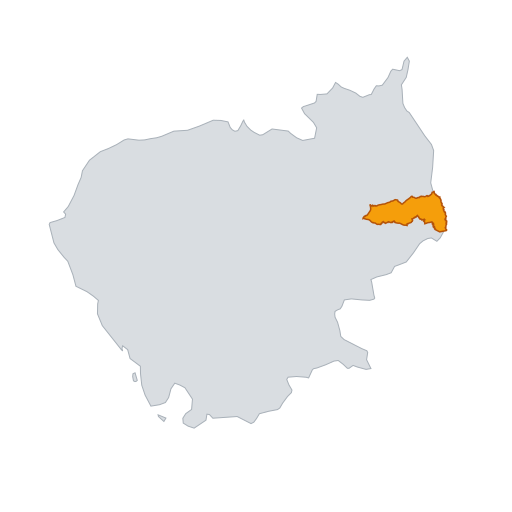 Pech Chreada, Môndól Kiri, Cambodia (highlighted), rotated 348°
{"feature_id": "14789045B57856207537526", "entity_name": "Pech Chreada", "entity_type": "district", "adm_level": 2, "iso_a3": "KHM", "parent_name": "Cambodia", "parent_adm1": "Môndól Kiri", "projection": "mercator", "projection_center": [107.158, 12.644], "detail": "fine", "context": "in_parent", "style": "filled", "palette": "amber", "viewbox_px": 512, "rotation_deg": 348, "n_neighbors": 0, "source": "geoboundaries", "source_scale": "gbopen_adm2", "svg_char_len": 8418}
<svg xmlns="http://www.w3.org/2000/svg" viewBox="0 0 512 512"><g transform="rotate(348 256 256)"><path d="M445.3,93.1L446.5,97.3L443.4,105.3L440.1,112.5L433.8,118.8L433.5,123.5L431.4,137.3L432.2,141.7L433.7,145.5L435.7,147.5L441.1,161.0L446.0,173.4L450.8,183.4L451.7,189.8L447.2,206.0L442.1,220.8L442.5,228.2L444.7,235.6L447.1,245.5L448.0,258.1L446.7,266.3L444.4,271.4L439.9,276.6L436.0,279.2L431.3,274.8L427.6,274.6L422.6,275.9L418.6,278.0L410.6,285.7L401.7,293.1L389.4,295.0L384.7,300.5L379.5,301.3L369.8,301.6L363.5,302.9L363.7,305.7L363.2,318.8L363.4,321.8L362.4,322.7L358.0,323.0L350.5,321.0L340.4,317.8L333.3,317.3L329.6,323.0L327.4,325.2L324.7,325.6L321.8,326.6L320.9,329.1L320.6,332.3L322.0,337.8L322.5,346.4L322.2,352.3L324.8,356.1L340.2,368.6L344.7,371.7L345.2,373.6L342.6,380.4L345.0,390.0L340.1,389.8L332.1,385.7L328.2,383.2L323.6,385.2L322.0,384.8L318.8,380.1L314.7,375.3L310.4,375.0L301.5,376.9L292.3,378.2L288.8,378.2L287.4,379.1L282.1,386.2L279.8,385.0L270.6,382.3L262.2,381.2L260.4,383.1L261.4,388.9L263.3,394.6L262.2,397.0L257.6,400.0L251.5,405.4L247.7,409.6L245.1,410.7L235.8,410.5L226.5,411.0L222.8,415.0L219.3,418.1L216.3,418.9L204.2,409.1L180.1,405.7L177.5,401.4L175.1,400.5L172.9,406.2L159.7,411.5L154.2,408.3L150.1,404.3L150.7,399.5L154.5,395.6L161.1,392.7L164.1,382.8L159.1,370.1L154.7,366.4L150.1,363.5L145.2,368.2L141.1,376.3L136.9,380.5L130.8,381.4L122.0,381.0L118.6,369.0L117.4,358.6L118.6,346.8L120.0,339.8L111.5,330.1L111.0,320.9L106.9,316.1L105.7,318.5L105.8,321.2L104.6,319.2L91.2,292.2L88.9,279.6L91.2,269.9L92.6,266.7L88.7,261.6L83.3,255.8L73.6,248.2L73.0,236.2L70.8,222.0L67.9,217.2L63.5,208.5L61.1,201.2L60.3,182.1L61.5,180.5L68.4,180.0L77.1,178.6L78.5,175.5L77.0,172.9L82.6,168.6L90.6,159.0L96.8,149.1L101.3,142.8L104.0,136.5L113.0,127.7L125.4,121.6L133.9,120.2L142.7,118.1L151.1,115.1L155.1,114.8L165.6,118.4L171.3,119.3L177.2,119.3L183.4,119.7L188.7,119.3L201.6,116.8L215.2,118.8L227.4,117.2L242.4,114.3L249.8,116.1L256.5,119.0L257.5,124.9L259.0,127.6L261.3,129.6L264.3,129.6L268.1,125.5L271.3,121.3L272.3,120.5L272.5,122.6L274.1,127.2L277.0,131.7L279.9,134.7L284.7,138.6L287.8,138.8L298.1,135.1L313.5,140.5L315.3,143.2L320.3,148.8L325.7,152.7L337.8,153.0L342.0,143.2L340.0,137.3L333.1,126.9L331.3,120.8L333.4,119.7L345.0,118.5L346.9,117.3L349.5,110.6L352.7,111.4L359.1,112.2L365.9,107.6L369.9,102.8L372.1,105.0L374.5,108.4L377.2,110.4L382.1,113.3L387.5,117.4L390.8,121.4L393.5,123.0L400.4,121.8L402.3,122.0L406.3,117.1L409.1,114.5L411.5,115.2L415.0,115.2L422.2,108.9L426.3,103.3L428.5,101.7L435.0,104.6L437.6,104.0L441.3,96.2L445.3,93.1ZM114.0,353.0L112.7,353.7L111.5,353.7L110.2,352.6L110.3,348.3L111.2,345.6L113.4,345.1L114.0,353.0ZM134.2,395.8L131.5,398.7L127.2,392.7L127.2,391.0L134.2,395.8Z" fill="#d9dde1" stroke="#a8b0b8" stroke-width="1"/><path d="M368.5,241.6L369.2,241.5L369.4,241.7L369.4,241.8L370.1,242.1L370.3,242.4L370.8,242.5L371.3,242.9L373.2,243.6L374.0,244.0L374.7,244.6L376.0,246.7L376.7,247.3L377.4,247.9L377.7,247.9L377.9,248.0L378.0,247.9L378.2,248.1L379.5,248.6L380.6,249.8L381.2,250.3L382.7,250.5L384.1,251.1L384.6,251.1L385.0,250.7L385.0,250.3L385.1,250.2L385.3,250.1L385.7,250.3L386.3,249.8L386.4,249.3L386.8,249.1L387.3,249.1L387.6,248.9L388.0,249.8L388.5,249.8L388.9,250.0L388.9,250.4L389.2,250.9L389.4,250.8L389.8,250.9L391.4,250.4L391.8,250.3L392.1,250.6L392.4,250.4L392.5,250.1L392.9,250.0L394.3,251.2L394.8,251.3L395.2,251.1L395.4,251.4L396.1,251.6L396.3,251.5L396.3,251.2L396.8,250.8L397.1,250.8L397.3,251.0L397.5,250.9L398.0,250.5L398.3,250.5L398.3,250.8L398.4,251.1L398.6,251.1L398.7,251.5L398.9,251.5L399.1,251.7L399.0,252.1L399.3,252.2L399.7,252.6L402.0,253.5L402.9,253.6L403.4,253.8L404.5,254.6L405.9,255.8L407.0,256.5L407.6,256.7L409.0,257.0L410.1,257.6L410.3,257.1L410.2,256.5L410.4,256.0L410.5,255.9L411.0,255.8L411.7,256.1L411.9,255.9L412.8,255.6L413.8,255.6L414.3,255.5L415.0,255.3L415.4,254.7L416.1,254.5L416.6,253.7L416.5,253.3L416.6,252.9L416.3,252.7L416.4,252.0L416.8,252.1L417.2,252.1L417.7,251.9L418.5,251.4L418.7,251.5L419.0,251.7L419.4,251.5L419.7,250.9L419.8,250.8L420.0,250.8L420.4,251.2L420.7,251.2L421.7,250.2L422.0,250.0L422.4,249.9L422.6,250.8L423.0,251.2L423.1,251.8L423.3,251.9L423.5,252.1L423.4,252.5L423.6,253.0L424.0,253.6L424.0,253.8L424.3,253.8L424.3,254.0L424.5,254.2L425.2,254.3L425.4,254.5L425.6,254.6L425.6,255.1L425.7,255.3L426.3,255.3L426.9,255.1L427.5,255.3L427.8,255.2L427.7,255.1L428.1,255.0L428.1,255.3L428.3,255.5L428.0,255.5L428.0,256.0L427.8,256.2L427.9,256.3L427.6,256.5L427.8,256.6L427.7,256.8L427.8,256.8L427.7,257.1L427.9,257.4L427.9,257.7L428.0,257.8L427.9,258.3L428.0,258.9L427.8,259.5L428.7,259.5L431.0,259.1L432.7,259.3L435.0,259.2L435.2,259.3L435.2,259.8L435.5,259.8L435.8,260.3L435.6,260.3L435.4,260.4L435.4,260.7L435.2,261.1L435.2,261.3L435.6,261.3L435.4,261.5L435.8,261.8L435.7,262.1L435.8,262.2L436.0,262.1L435.9,262.4L436.1,262.5L435.9,262.7L435.9,263.0L435.6,263.2L435.7,263.4L435.9,263.6L435.7,263.8L435.9,263.9L435.7,264.0L435.8,264.3L435.7,264.6L435.8,264.6L436.1,264.6L436.2,264.8L436.2,264.7L436.4,264.7L436.3,264.9L436.4,265.1L436.2,265.0L436.3,265.4L436.3,266.5L436.6,266.9L436.9,267.2L436.8,267.4L440.7,270.6L447.3,270.7L447.7,270.5L447.9,270.2L447.6,269.8L447.4,269.5L447.5,269.4L447.3,269.2L447.2,268.9L447.1,268.7L447.3,268.3L447.2,268.2L447.1,267.5L447.4,267.3L447.6,267.3L447.6,267.1L447.9,266.6L447.9,266.1L448.3,265.5L448.4,265.3L448.5,265.0L448.9,264.6L448.7,264.4L448.8,263.9L449.0,263.8L448.7,263.3L449.0,262.9L449.5,262.7L449.6,262.4L449.5,262.1L449.7,261.9L449.8,261.4L449.7,261.3L449.3,261.1L449.0,260.8L449.1,260.6L448.9,260.6L449.0,260.3L449.0,260.2L448.5,259.8L448.5,259.4L448.7,259.0L448.9,259.0L448.9,258.9L449.2,258.8L449.6,258.5L449.6,258.3L449.5,258.1L449.5,257.9L449.7,257.6L449.9,257.4L450.0,257.2L450.4,256.9L450.5,256.6L450.3,256.3L450.2,256.2L450.0,255.9L449.8,254.9L449.8,254.6L450.0,254.5L449.9,254.1L450.0,253.9L450.2,253.7L450.1,253.3L450.2,253.2L450.0,252.8L449.9,252.7L450.1,252.5L450.0,252.4L449.9,252.0L449.6,252.0L449.7,251.7L449.3,251.6L449.2,251.4L449.3,251.1L449.2,250.8L449.2,250.5L449.0,250.3L449.0,249.8L449.3,249.6L449.1,249.4L449.0,249.2L449.2,248.8L449.1,248.4L449.3,248.4L449.5,248.1L449.6,247.6L450.0,247.5L449.8,247.3L449.6,247.3L449.7,247.1L449.4,246.8L449.3,246.5L449.1,246.4L449.0,245.9L448.8,245.7L448.5,245.6L448.5,245.4L448.3,245.3L448.2,244.7L448.4,244.6L448.9,243.8L448.9,243.5L448.6,243.2L448.6,242.3L448.3,242.3L448.2,241.2L448.3,240.6L448.5,240.3L448.3,239.9L448.3,239.7L448.3,239.3L448.5,239.3L448.5,239.2L448.1,238.0L447.9,238.0L447.8,237.9L447.7,237.4L447.9,237.0L447.6,236.8L447.7,236.6L447.2,236.7L447.0,236.1L447.0,235.8L446.9,235.7L446.3,235.3L445.8,235.3L445.8,234.7L445.5,234.3L445.4,234.2L444.7,233.9L444.9,233.4L444.7,233.0L444.3,232.9L443.8,232.4L443.6,231.3L443.3,231.2L443.3,230.8L443.6,230.6L443.6,230.3L443.6,230.2L443.4,230.3L443.2,230.0L442.6,230.3L441.6,230.3L440.7,231.8L440.1,232.2L439.7,232.3L439.4,232.6L439.1,232.6L439.0,232.8L438.6,233.0L438.4,233.0L438.1,233.1L437.8,233.0L437.5,233.3L436.5,233.5L436.2,232.8L436.1,232.6L435.9,232.6L435.6,232.5L434.5,233.0L433.4,233.1L432.7,232.9L432.4,232.7L431.8,232.4L430.2,232.2L430.1,231.9L428.9,232.0L428.7,232.3L428.3,232.4L428.2,232.5L427.9,232.5L427.6,232.8L427.4,232.7L426.8,232.5L425.7,232.6L425.3,232.9L424.5,232.8L424.0,232.6L422.7,231.4L421.5,231.1L421.2,230.1L420.9,230.0L420.5,230.0L420.1,230.1L419.5,230.7L416.8,232.0L415.7,232.4L413.9,233.3L412.9,234.1L411.3,234.8L410.3,235.5L409.9,235.6L409.5,235.5L409.1,235.3L408.3,234.0L406.2,232.0L406.3,231.2L406.1,230.7L403.8,229.8L401.7,230.5L400.7,230.6L400.1,230.5L399.7,230.6L399.2,230.5L398.8,230.8L397.9,231.2L396.0,231.2L392.8,231.9L390.6,231.6L388.8,231.7L388.0,231.6L386.8,231.6L385.7,231.7L384.8,232.1L384.2,232.1L383.9,232.1L383.7,231.8L383.3,231.8L383.0,231.5L382.9,231.6L382.8,231.4L382.5,231.6L382.2,231.5L381.7,231.4L381.3,231.5L381.4,231.3L381.2,231.1L381.2,231.3L380.9,231.2L380.7,231.3L380.4,231.0L380.2,230.9L379.9,230.9L379.4,230.7L379.3,230.9L379.2,230.8L379.0,230.7L378.6,229.8L378.4,229.7L378.3,229.8L378.1,229.9L378.2,230.5L378.2,231.8L378.0,233.7L377.7,234.7L377.1,235.5L374.1,238.4L373.0,239.3L372.6,239.4L372.2,239.2L372.1,239.3L371.6,239.4L371.4,239.5L371.1,239.5L371.0,239.8L370.8,239.7L370.7,239.9L370.6,240.0L370.3,240.0L370.3,239.9L370.1,239.9L370.1,240.0L369.8,240.1L369.7,240.2L368.9,240.8L368.5,241.6Z" fill="#f59e0b" stroke="#b45309" stroke-width="1.5"/></g></svg>